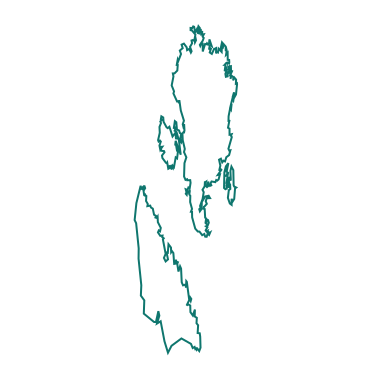 outline of Leka nor, Nord-Trøndelag, Norway, rotated 106°
{"feature_id": "86288312B5983253954554", "entity_name": "Leka nor", "entity_type": "district", "adm_level": 2, "iso_a3": "NOR", "parent_name": "Norway", "parent_adm1": "Nord-Trøndelag", "projection": "robinson", "projection_center": [11.714, 65.094], "detail": "fine", "context": "isolated", "style": "outline", "palette": "teal", "viewbox_px": 384, "rotation_deg": 106, "n_neighbors": 0, "source": "geoboundaries", "source_scale": "gbopen_adm2", "svg_char_len": 6026}
<svg xmlns="http://www.w3.org/2000/svg" viewBox="0 0 384 384"><g transform="rotate(106 192 192)"><path d="M228.6,163.7L226.0,163.4L226.6,163.9L225.3,166.0L226.6,166.5L225.3,166.4L226.1,167.1L225.1,168.3L221.7,167.5L221.1,169.1L219.9,167.7L216.9,167.4L214.6,168.8L214.3,170.4L218.5,169.6L218.0,170.5L213.6,171.1L213.0,172.3L204.9,175.1L204.9,176.2L202.2,176.5L203.1,176.3L199.3,174.5L197.0,176.3L192.6,176.0L192.0,175.1L193.6,175.1L192.9,173.0L191.0,175.0L192.7,178.1L198.9,179.8L205.6,178.1L208.4,179.1L206.5,180.3L205.0,179.4L203.2,180.4L195.8,179.9L188.9,180.7L187.0,182.5L183.0,181.4L178.2,182.5L179.0,182.0L178.3,181.4L181.7,181.4L182.8,179.5L177.4,179.1L181.9,178.1L180.1,176.9L181.0,176.3L180.2,175.6L180.9,174.7L178.6,176.6L176.5,176.1L176.1,172.3L173.8,172.0L174.1,170.9L172.6,169.9L167.4,170.0L168.5,171.9L162.6,169.9L162.1,170.8L163.4,170.6L163.3,171.8L158.9,172.0L153.5,174.9L152.0,173.4L155.2,171.1L153.2,170.3L153.5,168.7L149.1,168.6L146.3,166.5L141.4,166.6L142.0,167.5L140.4,168.9L128.2,168.9L127.2,170.0L125.5,169.8L126.6,171.7L120.8,173.4L120.3,175.1L112.3,175.8L114.5,176.3L109.1,177.7L101.2,178.4L102.2,177.2L98.2,177.9L99.0,178.6L91.2,178.9L92.6,177.5L89.5,177.9L89.0,179.1L84.6,179.1L89.5,177.4L86.1,176.6L75.9,178.4L75.0,178.8L75.8,179.7L71.8,180.6L70.3,182.9L73.4,183.2L70.3,183.8L69.2,186.2L72.7,186.2L70.1,186.4L69.6,187.5L64.8,186.8L64.7,187.9L60.3,189.3L61.4,191.2L65.0,190.1L61.5,190.2L63.3,189.0L66.3,189.6L65.1,188.4L67.2,189.2L66.5,190.1L67.6,190.7L71.0,189.6L71.9,191.2L69.2,192.5L64.0,191.9L65.3,192.4L63.5,192.9L66.9,193.9L60.3,194.9L60.6,195.6L58.5,194.6L57.9,193.9L58.6,193.2L57.3,193.2L58.2,192.8L57.9,191.8L57.0,191.9L54.8,192.7L55.1,194.1L48.4,196.1L50.5,197.1L46.5,197.6L45.6,198.1L47.3,198.4L42.9,199.7L41.4,202.0L46.0,202.2L40.9,203.0L39.9,204.4L46.0,204.0L45.8,202.9L49.2,202.1L46.9,205.9L50.7,205.5L50.4,206.7L52.1,207.1L47.0,208.5L48.6,210.2L53.8,211.0L53.0,213.4L49.3,213.3L49.7,214.0L47.9,214.7L50.5,214.9L46.7,215.3L45.7,214.6L46.2,213.4L40.5,217.3L44.7,216.5L45.9,217.2L44.9,218.6L46.0,218.9L46.1,220.2L54.0,220.4L46.4,222.6L46.7,224.0L49.3,224.3L48.4,225.0L43.7,223.4L40.7,223.2L39.7,224.6L37.1,224.1L37.9,225.7L34.3,226.6L37.1,226.0L37.8,226.7L33.8,228.2L34.4,229.4L32.3,229.6L30.9,231.5L33.5,231.5L35.4,229.7L34.7,229.5L37.6,229.0L37.5,230.4L34.5,232.3L37.5,233.0L32.6,235.5L32.5,236.5L34.4,237.0L34.7,238.6L37.6,237.7L36.1,237.5L39.8,232.1L45.7,231.6L43.1,231.0L45.0,230.0L47.3,230.4L46.2,230.9L45.7,233.1L46.5,234.2L49.0,232.9L53.0,233.9L56.8,231.2L58.3,231.5L55.2,234.1L57.0,235.8L54.4,237.0L51.6,240.7L53.2,242.6L56.3,240.6L59.4,242.7L62.4,240.6L70.2,241.3L68.9,242.2L74.1,241.7L73.9,240.7L79.3,239.6L82.8,241.5L83.3,243.1L86.0,241.7L95.2,240.9L100.2,237.0L102.4,237.0L109.1,231.3L108.4,230.1L110.3,229.0L107.2,229.5L116.8,225.2L125.7,219.4L129.4,219.6L131.3,218.5L128.9,218.3L134.9,216.2L137.8,216.0L136.6,216.6L138.5,217.3L144.7,215.2L152.6,210.8L155.8,210.7L160.2,207.0L166.3,207.2L179.3,203.9L182.1,201.6L181.1,200.3L182.0,199.8L181.1,197.0L183.6,195.9L189.4,195.2L188.7,196.7L191.3,196.9L191.1,198.8L193.8,197.2L195.4,197.5L196.2,196.3L192.3,196.8L193.4,195.3L190.9,194.5L195.1,193.9L196.1,192.6L202.2,191.0L208.3,187.3L211.3,187.6L211.1,186.5L216.3,184.9L226.3,178.8L228.4,175.5L228.0,173.9L230.7,170.3L229.0,168.6L231.3,167.0L231.0,165.6L227.7,165.5L228.6,163.7ZM327.0,190.8L315.8,191.5L319.9,189.3L328.1,189.4L324.9,186.5L343.1,177.3L353.1,170.8L345.5,169.3L335.7,161.8L338.3,151.1L341.8,148.3L340.2,146.8L342.0,145.6L341.2,145.0L342.4,144.1L341.1,143.6L342.9,141.2L339.3,140.9L328.9,144.2L325.7,145.6L326.0,147.7L318.4,149.4L316.9,151.5L311.6,152.7L310.9,155.1L304.2,156.8L310.5,157.2L307.9,160.4L301.6,162.4L301.0,164.7L302.6,165.9L295.4,164.7L297.2,163.2L295.0,163.2L293.5,165.0L295.2,165.5L279.8,172.2L279.3,172.9L285.6,171.4L282.8,172.8L284.2,174.9L281.6,177.0L268.6,181.4L266.7,183.0L272.2,183.1L265.1,186.4L263.4,186.2L263.2,188.1L261.4,188.7L265.4,188.1L266.0,189.3L255.8,193.1L254.4,194.9L255.7,195.4L251.2,196.9L248.7,200.2L257.1,198.5L257.1,199.8L263.4,196.5L266.0,198.2L263.1,200.8L258.7,200.3L245.6,206.9L244.3,206.4L243.7,208.1L242.0,208.3L242.9,210.4L240.2,213.6L238.1,213.3L238.6,211.9L235.1,212.1L230.4,216.5L225.4,218.2L226.7,218.5L226.6,220.1L224.9,219.9L224.3,222.2L218.8,225.1L218.2,227.2L216.6,228.4L217.9,231.0L215.7,231.2L213.3,233.7L208.4,234.8L207.9,235.9L209.2,236.2L207.4,236.6L207.8,237.3L204.2,238.9L201.2,238.1L198.9,239.7L203.3,239.1L202.7,241.2L201.8,241.2L202.6,241.7L200.2,243.1L218.0,242.4L234.8,239.4L237.4,237.1L260.9,227.7L270.8,225.0L295.7,215.0L305.7,212.6L309.3,208.0L322.2,204.8L327.4,192.7L327.0,190.8ZM159.3,213.1L145.1,219.2L147.3,216.1L145.0,216.2L143.8,218.0L141.4,218.2L142.9,217.0L139.0,218.2L138.6,220.0L136.5,221.3L136.1,223.7L129.3,226.3L128.6,228.0L136.3,227.0L134.3,226.6L136.0,225.3L137.9,225.6L138.5,223.5L144.5,219.7L144.9,222.2L139.5,224.2L144.0,226.0L135.5,231.7L137.3,232.9L136.8,234.3L132.3,238.7L128.3,240.2L127.7,242.3L130.6,242.0L130.8,240.7L132.9,241.9L134.3,240.8L138.4,241.2L144.0,239.3L151.5,238.9L152.7,238.0L151.4,237.0L152.1,235.9L156.3,236.1L159.4,234.5L156.3,234.3L157.2,234.0L156.7,233.0L159.2,233.8L160.8,232.8L160.4,230.1L161.4,229.4L165.2,230.9L167.5,229.8L171.1,225.1L171.4,224.1L170.6,223.9L176.2,221.2L175.2,220.2L172.6,221.1L175.9,217.6L171.5,219.1L173.4,217.2L172.2,217.5L173.0,216.2L163.2,217.2L163.8,215.6L156.2,216.8L156.4,217.8L150.6,220.6L151.9,221.0L147.3,221.8L159.3,213.1ZM187.1,149.5L176.7,151.6L175.5,150.7L175.1,153.0L173.9,153.9L159.6,158.3L156.7,161.1L161.1,160.9L169.2,158.2L170.5,158.1L167.1,160.1L170.8,160.0L174.3,158.0L173.9,159.3L172.6,159.3L173.3,160.7L171.1,160.9L172.3,161.6L168.0,162.0L166.6,162.7L167.0,163.6L165.5,163.4L165.8,162.4L163.6,162.6L163.0,164.3L154.2,165.0L158.0,166.5L164.2,166.3L179.3,162.3L180.1,160.7L179.1,159.9L180.0,159.2L176.0,160.8L173.8,160.0L177.2,158.9L177.1,157.5L173.6,157.7L178.5,156.0L180.2,157.1L187.7,155.9L192.6,152.5L193.4,150.4L187.6,152.1L189.9,150.3L187.1,149.5Z" fill="none" stroke="#0f766e" stroke-width="2"/></g></svg>